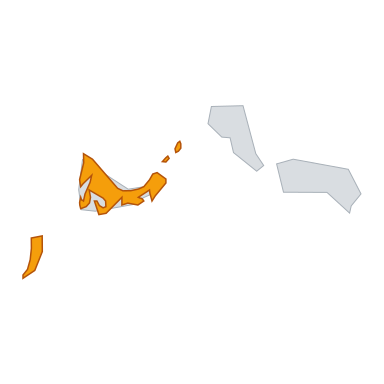 where Providenciales and West Caicos sits in Turks and Caicos Islands
{"feature_id": "TCA-5005", "entity_name": "Providenciales and West Caicos", "entity_type": "state/province", "adm_level": 1, "iso_a3": "TCA", "parent_name": "Turks and Caicos Islands", "parent_adm1": "", "projection": "equal_earth", "projection_center": [-72.259, 21.758], "detail": "fine", "context": "in_parent", "style": "filled", "palette": "amber", "viewbox_px": 384, "rotation_deg": 0, "n_neighbors": 0, "source": "natural_earth", "source_scale": "10m", "svg_char_len": 1453}
<svg xmlns="http://www.w3.org/2000/svg" viewBox="0 0 384 384"><path d="M351.2,205.9L349.6,213.1L327.0,192.4L283.5,192.2L276.6,163.9L293.2,159.2L348.3,169.3L361.0,193.9L351.2,205.9ZM82.5,159.6L128.2,189.2L155.7,184.8L157.9,191.1L143.0,197.9L139.4,203.4L95.3,211.2L81.4,209.7L78.7,189.7L82.5,159.6ZM263.7,165.5L256.7,171.2L233.5,152.6L230.1,137.8L221.8,137.1L208.0,123.7L211.4,106.5L243.0,105.7L255.8,153.7L263.7,165.5Z" fill="#d9dde1" stroke="#a8b0b8" stroke-width="1"/><path d="M80.7,186.7L79.6,179.7L83.7,162.8L83.5,153.7L92.5,159.2L117.6,188.3L122.9,190.8L130.8,190.7L138.6,189.0L143.8,186.7L149.5,179.8L152.8,174.0L157.1,172.6L165.9,179.0L165.9,183.0L155.2,195.9L152.0,201.0L149.9,193.2L149.5,190.0L138.3,197.3L139.8,198.0L141.2,198.3L142.5,199.1L143.8,201.0L137.9,205.0L127.8,203.1L121.9,205.0L121.9,197.3L106.1,213.3L98.9,214.6L94.4,201.0L96.9,201.0L99.4,205.6L103.1,207.8L105.9,206.7L105.6,201.0L103.1,198.1L89.2,190.0L90.5,197.3L89.5,202.9L86.2,206.6L80.7,208.7L79.8,205.1L79.6,202.6L80.0,200.4L80.7,197.3L81.4,199.6L81.6,200.0L82.0,200.0L83.5,201.0L85.0,194.0L90.1,182.3L91.7,175.3L83.1,183.7L80.7,186.7ZM31.3,238.0L42.2,235.9L42.3,251.6L34.8,270.4L23.0,278.3L23.0,275.0L27.5,269.4L30.2,259.7L31.4,248.4L31.3,238.0ZM177.7,142.9L179.8,141.3L180.8,143.8L180.8,148.2L178.4,151.2L175.8,152.5L175.0,148.8L177.7,142.9ZM165.7,157.9L167.8,156.1L169.1,158.4L165.9,162.0L162.4,161.6L165.7,157.9Z" fill="#f59e0b" stroke="#b45309" stroke-width="1.5"/></svg>